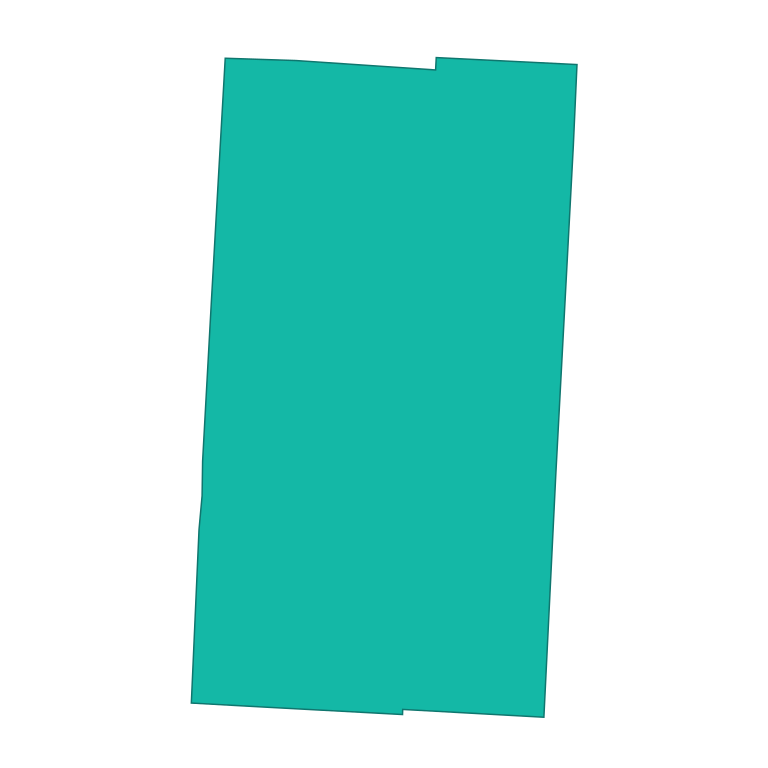 the district of Becker, Minnesota, United States of America, rotated 93°
{"feature_id": "52423323B38815474431976", "entity_name": "Becker", "entity_type": "district", "adm_level": 2, "iso_a3": "USA", "parent_name": "United States of America", "parent_adm1": "Minnesota", "projection": "natural_earth1", "projection_center": [-95.688, 46.934], "detail": "fine", "context": "isolated", "style": "filled", "palette": "teal", "viewbox_px": 768, "rotation_deg": 93, "n_neighbors": 0, "source": "geoboundaries", "source_scale": "gbopen_adm2", "svg_char_len": 369}
<svg xmlns="http://www.w3.org/2000/svg" viewBox="0 0 768 768"><g transform="rotate(93 384 384)"><path d="M136.2,207.4L54.9,208.0L55.3,348.9L67.7,348.9L65.6,488.9L67.0,559.6L309.6,560.7L470.6,561.1L505.2,559.8L539.1,561.1L712.7,559.7L712.9,489.0L713.1,348.2L708.0,348.3L708.4,206.9L465.0,207.7L136.2,207.4Z" fill="#14b8a6" stroke="#0f766e" stroke-width="1.5"/></g></svg>